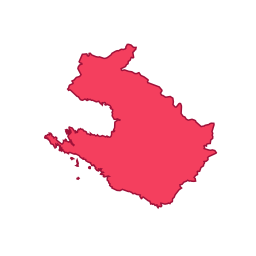 map outline of Liaoning (orthographic projection), rotated 63°
{"feature_id": "CHN-1813", "entity_name": "Liaoning", "entity_type": "Province", "adm_level": 1, "iso_a3": "CHN", "parent_name": "China", "parent_adm1": "", "projection": "orthographic", "projection_center": [122.279, 41.097], "detail": "fine", "context": "isolated", "style": "filled", "palette": "rose", "viewbox_px": 256, "rotation_deg": 63, "n_neighbors": 0, "source": "natural_earth", "source_scale": "10m", "svg_char_len": 5939}
<svg xmlns="http://www.w3.org/2000/svg" viewBox="0 0 256 256"><g transform="rotate(63 128 128)"><path d="M213.1,134.4L211.7,136.1L212.7,137.4L210.9,137.7L209.9,137.0L209.6,137.2L209.3,139.0L207.4,139.5L207.1,140.8L206.2,141.0L206.1,142.2L203.1,141.8L202.2,142.9L196.5,145.7L196.3,146.6L197.1,147.8L197.0,148.2L194.3,148.4L193.3,147.5L191.0,150.6L189.5,151.4L188.8,153.4L187.1,154.0L185.3,155.4L184.8,156.5L180.1,160.9L180.2,163.5L178.6,166.1L174.2,169.5L173.4,168.9L172.6,169.7L170.8,170.4L169.7,169.4L168.3,170.0L166.3,169.5L165.4,170.2L164.1,169.8L162.1,168.3L162.4,166.9L161.8,167.4L160.8,171.4L160.1,171.9L159.6,171.2L158.8,171.0L156.7,173.4L156.2,172.7L156.4,170.1L155.9,170.3L156.0,170.6L155.6,171.3L153.8,171.8L152.7,170.6L152.3,171.0L152.2,170.4L151.8,170.9L152.6,172.5L151.1,172.5L151.0,172.8L152.7,174.0L151.5,175.0L149.1,175.5L148.6,174.7L147.3,175.2L146.1,175.0L145.3,175.5L145.7,176.0L144.9,177.3L144.4,177.0L142.6,177.5L142.0,177.1L140.2,179.0L137.9,180.4L136.9,180.0L135.4,182.1L134.7,181.5L134.5,182.5L132.4,183.8L130.5,184.0L127.8,186.0L127.2,187.1L126.8,186.9L126.5,188.1L123.3,190.9L123.0,192.3L124.5,192.7L123.6,192.9L121.5,194.3L121.4,195.6L120.0,195.5L118.8,196.4L117.8,195.9L117.4,196.2L118.1,196.5L118.3,197.3L115.9,196.3L116.1,197.1L117.6,198.2L117.0,199.2L116.4,199.3L115.5,198.4L114.5,196.8L113.2,196.5L113.1,196.9L113.6,197.5L112.1,197.2L110.9,197.7L111.5,197.8L111.4,198.7L109.7,199.5L112.4,200.5L112.7,201.7L112.5,202.1L111.9,201.8L111.4,202.2L108.8,202.2L107.0,203.8L103.4,203.6L101.9,204.4L100.6,204.1L100.1,204.8L100.8,204.8L99.1,206.6L98.4,206.4L97.4,205.0L98.1,204.3L97.4,202.7L97.5,202.1L98.5,201.1L98.4,200.7L96.8,200.5L97.6,199.3L99.2,198.9L100.2,199.4L102.1,198.5L103.2,198.5L103.2,196.6L104.2,196.0L105.0,196.2L105.6,197.0L106.6,197.0L111.9,194.6L112.4,193.6L112.1,193.0L111.1,191.7L109.9,191.2L110.3,190.9L110.1,190.2L110.9,189.7L109.8,188.8L110.4,188.4L111.3,188.8L112.1,188.4L113.6,187.2L113.5,186.6L114.7,185.3L116.2,185.5L118.9,184.4L118.6,183.8L116.5,184.7L112.9,184.4L113.1,185.3L108.2,185.4L107.4,184.6L106.6,181.8L106.0,180.7L103.9,180.2L102.6,180.9L100.9,180.4L100.5,179.9L102.7,177.7L106.3,177.1L106.9,176.6L106.7,176.1L107.6,175.9L108.3,177.1L108.5,176.9L108.6,176.4L108.3,175.9L108.9,175.1L108.6,174.6L107.8,174.5L106.6,172.7L107.3,172.2L106.9,170.7L107.9,170.2L108.6,169.0L110.6,168.7L111.2,167.9L112.4,167.0L114.7,167.1L115.6,165.6L117.2,164.8L117.2,163.9L116.0,163.7L117.4,163.1L118.6,161.9L118.7,161.1L120.3,160.4L120.6,159.3L120.2,158.3L121.4,158.0L122.7,157.0L123.1,155.8L123.1,154.3L125.8,151.9L125.6,150.4L126.7,150.3L126.8,149.5L127.7,148.9L128.0,147.9L127.4,146.5L126.1,145.4L124.2,144.5L123.9,143.9L124.7,142.9L124.8,141.8L124.5,141.3L123.5,142.0L121.7,139.8L116.8,137.0L116.2,133.1L117.0,132.5L117.4,131.8L117.2,131.5L114.9,133.5L115.0,134.4L114.0,136.4L109.9,136.6L108.3,135.3L106.7,135.1L106.2,134.2L104.5,133.3L103.0,134.6L102.3,134.5L102.0,133.9L101.6,134.4L101.1,133.7L99.9,133.8L97.5,135.8L97.5,136.9L97.1,137.2L97.2,137.7L96.7,137.9L96.2,136.9L95.0,136.9L94.5,137.6L94.7,138.3L93.8,139.3L93.9,139.8L95.3,139.9L95.9,140.5L94.5,140.8L93.9,141.4L91.0,141.9L90.3,144.4L87.2,146.9L86.7,148.1L85.3,148.7L85.1,150.1L83.8,150.8L83.8,151.6L84.9,151.4L84.9,152.0L82.7,153.2L82.7,155.8L81.8,157.0L80.9,157.6L77.7,158.0L76.5,159.1L68.5,161.9L67.6,162.5L67.5,163.8L65.9,164.1L65.3,162.6L63.9,161.5L63.3,160.6L63.4,156.8L62.5,156.4L60.7,156.6L60.8,154.4L59.5,151.1L60.1,147.7L59.2,145.6L52.4,145.7L51.1,144.7L49.9,142.6L50.1,140.0L49.4,139.9L48.2,141.1L46.8,141.5L41.6,135.2L43.2,131.2L43.7,131.0L45.1,131.4L45.9,130.7L45.8,129.9L43.9,128.8L44.2,127.8L46.5,127.1L49.9,124.2L51.3,122.4L51.7,121.1L55.1,117.8L55.6,116.7L55.9,115.0L55.7,113.0L55.1,109.8L54.2,108.4L54.0,104.5L54.2,102.5L54.9,101.5L54.8,98.3L56.0,96.3L56.2,94.5L56.0,93.8L54.8,93.1L53.2,90.7L53.8,89.4L55.5,87.6L58.7,86.5L59.9,84.2L61.6,85.6L61.7,86.9L62.4,87.9L62.8,89.4L67.6,90.9L67.8,91.8L66.7,92.7L66.7,93.2L68.6,95.4L68.8,97.5L70.7,98.8L70.9,100.7L72.1,102.3L72.0,107.2L73.6,107.5L74.1,107.1L74.7,104.7L77.8,101.7L79.6,99.1L82.7,97.1L83.6,95.1L83.5,93.8L83.7,93.1L87.0,92.7L89.7,90.5L94.0,88.3L94.5,88.3L95.4,89.5L96.5,89.8L105.6,81.5L109.7,80.6L110.4,81.0L111.6,83.2L113.9,83.2L114.8,82.2L117.7,80.5L119.1,76.1L121.8,74.5L125.3,75.7L127.6,77.3L130.4,76.6L131.0,76.0L131.2,75.3L129.5,71.6L129.6,70.6L130.2,70.1L132.3,70.3L133.5,70.8L139.2,74.1L142.4,73.7L144.1,72.3L146.6,72.1L148.4,70.7L149.3,67.0L151.2,65.2L152.2,64.6L153.5,64.7L159.9,62.2L160.8,59.1L160.6,58.1L161.6,54.3L161.3,52.8L161.6,51.5L162.8,49.4L164.2,49.9L169.3,54.8L171.2,54.9L172.7,56.3L174.0,56.3L175.7,57.3L176.3,59.8L179.1,61.7L178.1,64.6L178.5,65.6L179.7,66.3L178.4,67.5L178.5,68.5L180.0,68.6L180.9,69.5L184.4,65.9L185.4,64.5L185.8,62.8L187.5,60.9L190.1,60.5L190.4,61.0L190.1,69.2L190.6,70.5L192.1,70.8L192.7,71.5L193.1,73.4L192.4,75.5L193.8,75.6L194.7,77.0L196.0,78.0L196.3,80.9L199.0,83.7L198.9,84.7L198.3,85.2L198.3,86.0L201.0,87.2L201.0,89.3L202.0,91.5L203.7,91.1L206.0,91.9L205.5,93.4L204.4,95.3L203.6,96.1L203.1,97.5L201.6,98.6L201.9,99.9L201.6,102.8L202.7,105.4L202.2,107.6L203.9,108.1L205.8,107.5L206.2,110.6L208.9,116.3L210.8,118.5L211.2,120.3L213.7,121.9L213.7,123.9L214.4,124.9L213.3,126.0L213.3,127.3L212.6,129.6L209.9,132.8L210.5,133.2L212.7,133.3L213.1,134.4ZM105.6,181.8L106.3,182.6L105.4,182.9L105.9,183.7L105.6,185.1L103.4,185.0L104.5,183.4L104.1,182.7L103.5,182.9L102.3,184.5L101.4,184.5L101.6,183.1L102.7,182.6L103.5,181.5L105.6,181.8ZM137.9,188.9L135.3,189.0L134.0,188.6L133.3,187.8L136.8,188.4L137.9,188.9ZM128.6,192.1L129.4,191.1L130.6,190.5L130.3,191.4L130.6,192.3L128.9,192.7L128.6,192.1ZM145.0,180.5L145.1,179.6L145.6,179.3L146.9,180.0L146.6,180.7L146.0,181.1L145.4,181.0L145.0,180.5ZM150.6,194.4L151.0,195.7L150.1,196.5L149.7,196.0L150.2,195.3L149.7,194.8L150.6,194.4ZM136.6,189.8L138.7,189.6L139.3,189.7L138.9,190.6L138.0,191.2L138.2,190.2L136.6,189.8Z" fill="#f43f5e" stroke="#9f1239" stroke-width="1.5"/></g></svg>